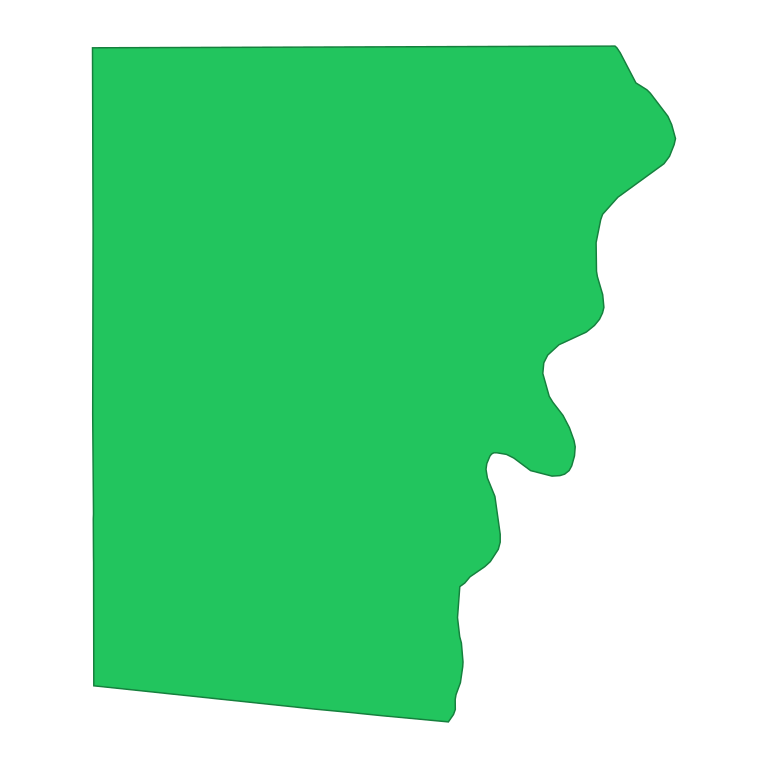 Marshall, West Virginia, United States of America, rotated 180°
{"feature_id": "52423323B69040166298082", "entity_name": "Marshall", "entity_type": "district", "adm_level": 2, "iso_a3": "USA", "parent_name": "United States of America", "parent_adm1": "West Virginia", "projection": "albers", "projection_center": [-80.751, 39.877], "detail": "fine", "context": "isolated", "style": "filled", "palette": "green", "viewbox_px": 768, "rotation_deg": 180, "n_neighbors": 0, "source": "geoboundaries", "source_scale": "gbopen_adm2", "svg_char_len": 1200}
<svg xmlns="http://www.w3.org/2000/svg" viewBox="0 0 768 768"><g transform="rotate(180 384 384)"><path d="M173.5,442.6L168.5,448.7L165.5,455.0L164.1,460.6L165.3,473.3L170.6,491.3L171.5,496.7L171.9,525.4L167.3,548.3L165.4,553.7L150.1,570.8L104.0,604.3L98.5,611.7L93.9,623.3L92.5,629.4L96.3,643.3L100.1,651.7L117.7,674.8L121.0,678.1L132.1,685.1L147.8,715.2L151.2,720.3L153.0,721.9L675.5,720.2L675.1,592.9L674.9,536.9L675.3,353.5L674.5,254.0L674.7,249.2L674.5,211.5L674.4,205.5L674.4,199.5L674.4,199.0L674.4,196.9L674.2,82.2L454.2,59.0L425.6,56.3L384.0,52.1L319.6,46.1L319.5,46.3L314.5,53.5L312.7,58.5L312.8,68.5L312.0,73.3L307.6,85.3L305.3,101.1L305.0,106.0L306.6,125.0L308.3,131.3L310.5,150.4L308.2,181.4L303.2,185.0L298.0,191.2L283.3,201.3L277.7,206.4L269.7,218.7L267.8,225.8L267.8,233.7L273.1,271.6L280.6,290.0L282.0,298.7L281.2,304.4L278.1,311.9L276.4,314.0L274.2,315.2L271.0,315.2L261.5,313.6L254.3,310.0L237.4,297.4L216.0,291.9L208.0,292.4L203.3,293.9L198.9,297.4L196.3,302.1L193.5,312.1L192.8,321.2L194.0,327.5L198.6,340.3L205.0,352.6L215.2,365.8L218.8,371.7L225.2,394.5L224.2,405.2L220.3,412.9L209.0,423.3L181.6,436.0L173.5,442.6Z" fill="#22c55e" stroke="#15803d" stroke-width="1.5"/></g></svg>